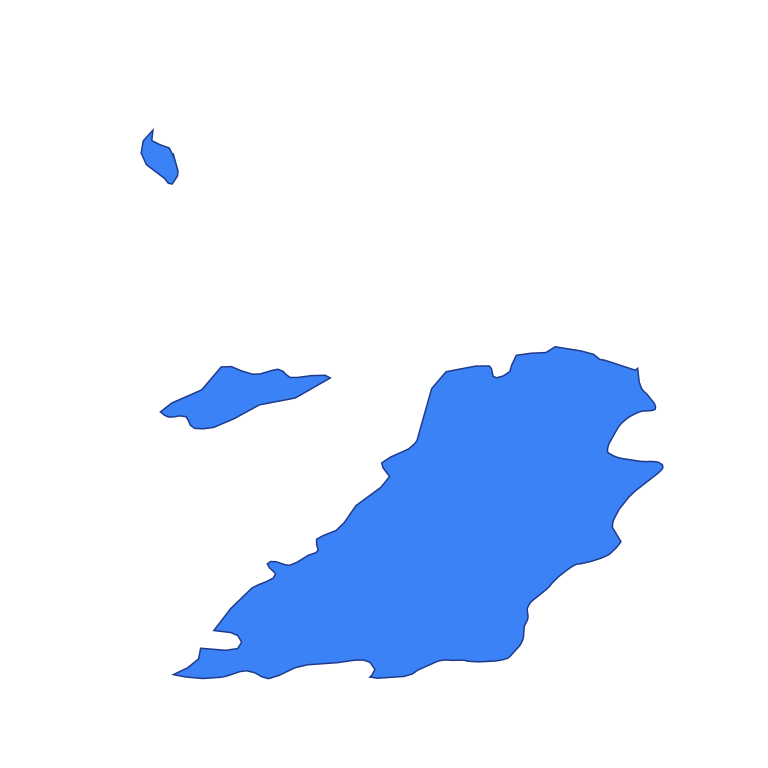 an SVG outline of Satun, rotated 79°
{"feature_id": "THA-385", "entity_name": "Satun", "entity_type": "Province", "adm_level": 1, "iso_a3": "THA", "parent_name": "Thailand", "parent_adm1": "", "projection": "equal_earth", "projection_center": [99.888, 6.793], "detail": "fine", "context": "isolated", "style": "filled", "palette": "blue", "viewbox_px": 768, "rotation_deg": 79, "n_neighbors": 0, "source": "natural_earth", "source_scale": "10m", "svg_char_len": 2750}
<svg xmlns="http://www.w3.org/2000/svg" viewBox="0 0 768 768"><g transform="rotate(79 384 384)"><path d="M669.0,453.8L667.6,451.5L662.5,447.4L654.6,450.8L651.0,457.0L649.5,465.6L648.7,482.5L645.0,512.8L645.6,525.6L650.1,542.9L651.2,553.6L647.9,560.1L643.0,565.6L639.3,573.5L638.8,580.2L640.6,593.2L640.8,599.7L638.5,618.3L633.7,634.7L629.1,646.2L625.0,630.7L618.4,618.4L608.4,614.4L615.2,590.3L615.8,578.2L610.3,573.0L603.1,575.5L598.8,581.7L593.5,598.1L575.0,577.1L559.1,552.6L557.2,546.1L555.6,537.4L553.4,529.8L549.5,526.6L542.5,531.5L538.4,532.9L536.6,529.4L537.8,524.0L542.9,514.9L543.9,511.2L542.5,503.7L537.7,491.1L536.6,482.9L534.2,480.3L528.9,480.8L523.5,479.8L521.2,472.7L518.6,458.9L512.5,449.5L498.0,434.7L484.7,406.6L475.9,396.2L466.0,401.0L461.0,401.3L457.0,391.6L452.5,372.4L448.6,365.5L445.7,362.4L397.6,338.1L383.8,320.7L383.9,290.7L386.4,277.2L389.3,275.6L397.3,275.4L399.4,272.2L398.8,265.1L395.7,258.1L389.6,254.9L381.1,248.7L381.8,234.4L384.0,219.0L380.1,208.9L389.2,184.2L394.9,172.5L401.0,167.6L402.8,162.7L418.4,134.7L417.0,132.0L430.8,133.1L437.7,132.0L440.8,130.3L444.2,127.8L454.9,122.2L458.4,121.8L460.6,122.7L461.1,125.1L461.0,127.7L460.2,133.1L459.9,136.1L460.2,138.8L460.7,141.5L462.8,148.8L464.8,153.2L468.0,158.6L470.8,162.0L485.6,174.7L490.4,177.0L493.6,177.5L495.1,176.2L497.9,173.0L500.2,169.5L502.2,165.5L508.9,146.9L510.1,141.8L511.1,136.0L512.0,132.6L513.2,129.5L516.3,126.2L518.3,126.0L520.1,126.7L521.4,128.3L523.8,132.0L537.1,158.1L541.8,165.3L551.9,177.2L561.4,184.7L565.2,186.4L568.2,187.1L584.1,181.5L589.2,187.4L594.2,195.3L595.3,199.0L596.4,204.2L597.7,215.1L598.0,225.3L597.7,228.4L597.7,228.8L597.7,229.2L597.7,229.9L598.8,233.6L601.0,238.7L606.3,249.2L611.6,257.1L614.3,260.2L616.5,263.6L625.0,279.7L626.2,281.5L627.4,282.9L630.7,285.6L632.5,286.5L639.3,286.9L641.5,287.5L643.3,288.4L648.0,292.1L649.9,292.9L658.7,295.3L660.7,296.1L664.0,298.2L667.0,301.0L675.8,312.8L676.8,314.8L677.3,319.8L677.2,327.1L674.9,343.7L673.2,350.8L671.8,355.3L670.7,357.4L669.9,360.6L668.3,369.9L666.7,375.9L666.3,379.4L666.4,384.2L671.0,404.3L672.0,407.1L674.0,411.2L674.9,420.0L671.6,446.3L669.0,453.8ZM376.3,590.7L376.1,597.6L375.2,602.0L372.9,605.3L368.7,608.8L362.1,595.8L355.0,564.1L336.2,540.6L337.8,530.5L343.8,521.6L349.3,511.2L350.5,503.7L349.2,490.0L349.3,485.3L352.3,480.6L356.3,478.2L359.7,474.8L361.1,467.6L361.9,453.9L364.2,440.1L367.8,435.6L380.8,473.7L380.7,510.2L389.4,537.6L394.1,559.4L393.5,569.8L391.5,578.2L387.5,582.0L382.5,583.0L378.2,584.7L376.3,590.7ZM140.4,547.0L147.3,553.8L145.8,557.4L140.1,560.4L123.4,575.4L110.9,578.3L99.4,573.9L90.7,562.4L100.7,565.5L106.1,558.6L111.4,549.7L121.4,547.0L117.3,547.0L135.6,545.6L140.4,547.0Z" fill="#3b82f6" stroke="#1e3a8a" stroke-width="1.5"/></g></svg>